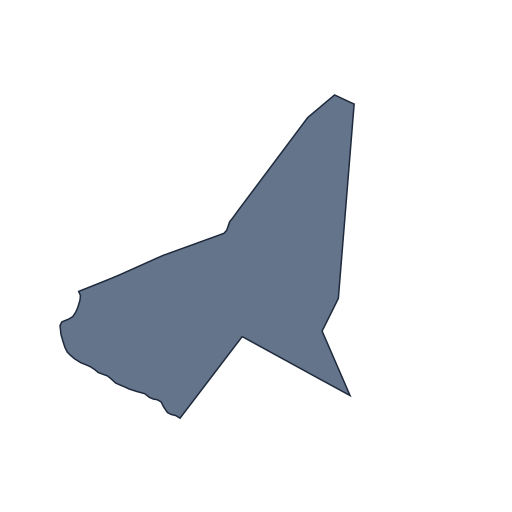 São José do Divino, Piauí, Brazil, rotated 296°
{"feature_id": "56859067B31745956346531", "entity_name": "São José do Divino", "entity_type": "district", "adm_level": 2, "iso_a3": "BRA", "parent_name": "Brazil", "parent_adm1": "Piauí", "projection": "robinson", "projection_center": [-41.916, -3.781], "detail": "fine", "context": "isolated", "style": "filled", "palette": "slate", "viewbox_px": 512, "rotation_deg": 296, "n_neighbors": 0, "source": "geoboundaries", "source_scale": "gbopen_adm2", "svg_char_len": 875}
<svg xmlns="http://www.w3.org/2000/svg" viewBox="0 0 512 512"><g transform="rotate(296 256 256)"><path d="M171.8,401.7L190.9,379.4L217.5,348.3L236.9,348.5L254.0,348.6L435.6,277.6L435.4,271.4L435.2,256.0L403.2,241.8L369.2,235.3L289.7,220.1L280.1,218.4L275.0,217.3L266.6,218.4L262.4,217.3L216.2,172.6L211.1,168.2L178.5,141.0L170.9,134.3L146.4,112.1L143.6,115.5L139.0,117.2L131.4,118.4L126.7,118.6L121.2,117.9L117.3,115.4L111.7,110.4L107.6,110.3L100.0,115.1L94.8,119.8L90.2,124.2L86.9,128.5L85.4,132.8L84.1,137.8L83.3,145.3L83.7,150.8L83.9,155.3L83.3,160.5L82.1,165.3L82.5,169.3L83.1,175.2L82.2,179.1L80.3,185.6L80.5,191.2L80.8,196.0L80.8,200.2L82.0,208.5L83.5,216.5L82.2,222.1L82.4,226.4L83.5,230.1L83.3,234.6L79.8,239.2L76.5,245.0L76.4,249.3L77.4,253.8L76.9,258.8L177.5,278.9L173.2,370.2L173.0,375.5L171.8,401.7Z" fill="#64748b" stroke="#1e293b" stroke-width="1.5"/></g></svg>